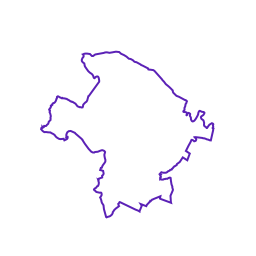 Axtla de Terrazas, San Luis Potosí, Mexico (Robinson projection), rotated 149°
{"feature_id": "50627088B25246558937537", "entity_name": "Axtla de Terrazas", "entity_type": "district", "adm_level": 2, "iso_a3": "MEX", "parent_name": "Mexico", "parent_adm1": "San Luis Potosí", "projection": "robinson", "projection_center": [-98.863, 21.424], "detail": "fine", "context": "isolated", "style": "outline", "palette": "violet", "viewbox_px": 256, "rotation_deg": 149, "n_neighbors": 0, "source": "geoboundaries", "source_scale": "gbopen_adm2", "svg_char_len": 5755}
<svg xmlns="http://www.w3.org/2000/svg" viewBox="0 0 256 256"><g transform="rotate(149 128 128)"><path d="M203.1,171.8L202.7,169.4L201.9,167.6L200.1,166.6L198.8,165.5L196.7,164.1L196.4,163.3L195.0,161.1L194.4,159.4L194.4,158.2L194.0,156.7L193.1,154.9L192.6,154.1L191.7,153.3L190.7,152.8L188.7,151.9L188.9,150.2L187.0,150.0L185.9,150.0L184.8,150.6L184.4,151.4L185.7,151.9L184.7,153.0L184.6,153.7L183.4,154.8L182.2,155.6L180.5,155.8L178.7,155.0L178.3,154.5L176.0,151.2L175.9,150.3L173.3,142.4L173.3,141.6L173.1,141.4L173.2,140.0L173.1,136.7L172.9,134.6L172.5,130.4L171.7,126.6L170.8,125.2L169.7,124.4L168.6,124.4L166.1,123.2L163.4,122.8L161.8,122.4L161.2,122.0L160.3,120.8L160.1,120.3L160.0,119.7L160.0,119.2L162.1,117.2L162.8,115.6L163.4,113.9L163.7,112.6L164.4,111.3L165.0,110.7L166.2,110.1L169.1,108.9L170.9,107.5L171.8,107.8L173.5,106.3L171.4,104.1L172.3,101.6L173.0,100.9L174.0,100.5L174.7,100.5L175.6,98.9L179.2,99.6L179.6,99.0L180.3,98.2L180.4,98.5L180.6,97.7L180.8,97.5L181.0,96.4L181.8,95.2L182.5,94.5L183.5,93.8L184.8,93.9L185.8,93.3L186.3,93.2L187.3,93.3L188.6,93.0L188.8,92.9L188.9,92.4L188.9,91.9L188.4,91.1L188.2,89.8L188.0,89.4L185.8,87.3L184.9,86.8L184.3,86.3L184.3,86.0L184.4,85.5L184.8,84.6L185.4,83.9L186.1,83.5L187.7,82.8L187.7,81.8L188.2,79.5L188.4,79.2L188.9,77.4L188.8,74.4L190.3,71.1L190.5,70.5L192.6,63.0L192.3,62.4L191.6,62.4L189.5,61.8L188.4,61.7L186.3,62.1L185.0,62.9L184.4,63.7L183.8,63.9L182.0,64.8L179.7,65.3L177.0,65.5L175.9,65.7L176.0,66.3L175.5,67.4L175.5,67.9L174.9,68.0L173.4,68.8L173.0,68.5L163.6,54.2L161.9,52.0L161.1,50.5L160.8,50.9L156.3,54.2L156.3,56.3L152.6,51.6L151.2,52.5L148.2,53.3L146.9,53.9L146.9,53.5L146.7,53.5L144.1,54.2L143.7,54.0L142.4,53.9L135.4,52.8L136.9,51.2L136.9,50.8L129.6,41.7L129.4,42.4L126.5,48.0L121.8,51.4L121.2,52.1L120.7,54.1L120.1,55.1L120.0,56.0L119.7,57.4L118.2,61.1L117.2,63.2L117.6,63.9L119.0,64.3L120.4,64.2L121.7,65.0L122.5,65.1L123.3,65.6L124.5,65.7L125.2,66.1L125.7,66.4L126.4,67.3L126.9,67.4L126.2,68.6L125.6,68.7L125.6,69.1L124.9,69.4L124.8,69.8L124.8,70.8L123.8,71.1L124.5,72.2L122.2,72.9L121.6,72.2L120.4,71.2L119.8,70.9L119.4,70.6L118.6,70.2L117.8,70.0L117.4,70.1L116.9,70.0L116.1,70.3L114.2,70.0L113.4,70.4L112.1,69.9L111.8,69.9L111.3,70.4L110.4,70.4L109.5,70.9L109.2,70.9L107.9,71.3L107.5,71.1L106.0,71.2L105.5,71.1L104.6,71.9L101.2,72.2L99.7,72.9L96.2,74.6L93.8,69.8L88.2,74.3L90.2,78.5L85.0,81.8L82.0,83.5L79.7,85.1L79.2,84.8L78.5,83.8L78.1,82.5L77.0,82.2L76.5,82.2L75.6,82.8L75.3,83.2L75.2,84.3L75.3,85.0L75.7,85.5L75.7,85.8L75.2,85.6L73.9,84.7L71.2,82.6L70.2,81.8L69.4,81.2L69.1,80.7L68.8,80.4L68.2,80.1L67.0,78.8L66.3,77.7L65.2,76.7L64.2,75.3L63.4,74.7L56.2,82.2L55.5,83.2L55.1,83.5L55.4,83.9L55.5,84.2L55.5,84.4L55.3,84.6L54.4,85.0L54.1,85.7L54.0,86.2L53.8,86.4L53.7,86.7L53.0,87.2L52.9,87.6L53.0,88.0L53.6,88.9L56.5,88.9L58.1,88.3L60.2,87.3L60.5,87.4L60.6,87.5L60.7,88.6L61.5,90.2L61.4,91.2L61.2,91.6L60.1,93.2L59.4,95.6L59.5,96.0L60.3,97.8L60.2,99.0L59.9,99.8L59.2,100.2L56.8,100.3L55.2,101.1L54.8,101.5L54.6,101.8L54.7,102.2L54.9,102.7L56.4,103.9L57.4,105.5L57.8,105.8L58.2,105.8L58.9,105.5L60.2,104.5L60.5,103.9L61.2,103.3L62.6,102.4L64.9,101.1L66.3,100.5L67.4,100.1L68.5,100.1L69.3,100.4L69.6,100.9L69.7,101.6L69.6,103.0L68.9,104.2L68.7,104.8L68.7,106.4L68.6,106.8L68.1,107.2L67.5,108.0L67.5,108.3L67.9,109.2L68.2,109.7L68.6,109.8L69.1,109.8L69.6,109.6L70.5,108.8L70.8,108.7L71.1,108.7L71.2,109.0L70.3,109.6L69.8,110.6L69.8,111.1L70.6,112.1L71.7,112.8L72.1,113.2L72.1,113.4L72.0,113.8L71.6,114.0L70.3,114.4L70.1,114.6L69.3,116.1L67.8,117.1L67.2,117.8L67.1,118.0L66.6,118.5L66.4,118.8L65.2,119.3L64.5,120.0L63.7,120.6L64.2,122.2L64.8,122.7L68.3,128.6L69.9,130.6L71.0,134.9L70.9,135.9L70.3,137.2L70.5,137.7L70.7,138.8L71.4,141.5L71.9,143.1L73.0,146.1L73.3,149.2L73.8,151.3L73.8,152.2L75.9,163.3L76.5,164.6L79.2,166.8L79.8,167.1L80.4,167.8L80.1,168.7L83.3,173.9L84.4,175.4L84.4,175.8L86.9,180.1L87.9,180.9L88.1,181.2L88.5,181.9L88.9,183.6L90.2,185.8L91.6,187.0L92.5,189.9L93.9,192.6L95.7,195.2L96.4,197.6L99.0,199.6L101.3,200.5L102.2,200.8L105.2,202.0L106.6,203.3L107.7,204.1L109.2,204.7L110.0,204.8L118.2,207.9L120.9,207.7L121.9,208.4L122.5,211.0L124.7,212.8L126.4,213.8L127.4,214.2L128.3,214.2L128.7,214.3L128.6,213.9L128.7,213.1L129.2,212.2L129.6,211.9L131.0,211.4L132.1,210.6L132.6,210.1L133.0,209.3L133.1,208.6L132.8,207.2L132.2,205.9L132.5,204.9L132.8,204.5L133.0,203.5L133.1,203.4L133.2,202.8L133.0,199.6L132.8,197.2L132.2,195.1L131.3,193.2L131.0,192.1L131.0,191.1L131.1,190.0L131.4,189.1L131.4,188.6L131.3,188.2L131.0,187.9L129.3,188.4L128.1,188.2L127.6,187.9L127.3,187.5L127.2,187.1L127.2,186.7L127.4,185.7L128.2,183.6L128.9,182.5L145.1,175.6L145.6,175.7L148.8,172.6L150.2,171.9L151.3,171.9L153.6,171.3L154.4,171.0L155.3,169.9L156.3,169.1L157.1,169.4L158.3,170.6L158.7,170.7L160.1,172.6L160.5,176.0L161.1,177.0L161.7,178.4L162.5,179.1L162.6,179.7L163.0,179.9L163.5,180.4L164.2,182.1L164.8,182.9L165.0,183.5L165.3,183.8L165.5,184.5L166.7,185.5L166.8,185.8L168.5,187.0L168.7,187.5L169.2,187.4L169.5,187.6L169.9,188.3L170.0,188.7L170.7,189.4L171.4,190.9L171.9,191.3L172.4,191.3L172.9,191.2L173.4,190.4L173.9,189.9L174.6,189.7L174.8,189.3L176.1,188.3L177.1,187.8L178.2,187.5L178.8,187.7L179.9,187.8L180.2,187.7L180.8,186.9L181.4,187.0L181.6,186.7L182.0,186.7L182.3,186.9L182.6,186.9L183.0,185.9L183.9,185.5L184.1,185.2L185.3,184.8L186.0,184.5L186.2,184.3L186.2,184.0L185.9,183.4L185.9,183.2L186.2,182.7L186.7,182.4L187.1,181.9L187.2,180.6L187.9,178.3L188.3,177.6L189.3,176.6L189.5,175.9L190.4,174.7L191.5,174.5L192.8,174.1L193.3,173.5L194.3,172.7L196.1,172.4L196.9,172.0L197.2,172.0L197.8,172.2L198.8,173.0L199.4,172.7L199.8,172.1L200.3,172.2L200.8,172.3L200.9,173.1L201.5,172.2L202.2,172.6L203.1,171.8Z" fill="none" stroke="#5b21b6" stroke-width="2"/></g></svg>